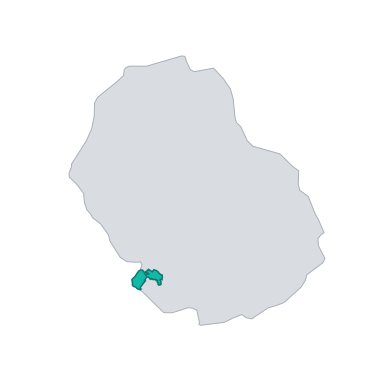 Jegunovtse, Jegunovce, North Macedonia (highlighted), rotated 250°
{"feature_id": "65306769B4612015917677", "entity_name": "Jegunovtse", "entity_type": "district", "adm_level": 2, "iso_a3": "MKD", "parent_name": "North Macedonia", "parent_adm1": "Jegunovce", "projection": "mercator", "projection_center": [21.125, 42.1], "detail": "fine", "context": "in_parent", "style": "filled", "palette": "teal", "viewbox_px": 384, "rotation_deg": 250, "n_neighbors": 0, "source": "geoboundaries", "source_scale": "gbopen_adm2", "svg_char_len": 2668}
<svg xmlns="http://www.w3.org/2000/svg" viewBox="0 0 384 384"><g transform="rotate(250 192 192)"><path d="M174.0,98.1L180.1,98.9L193.3,95.2L201.6,89.9L205.8,89.2L211.3,87.1L219.4,87.4L227.5,89.7L237.8,86.7L248.0,81.8L252.1,83.0L256.5,87.2L259.4,88.3L276.3,110.3L285.5,119.2L296.4,125.9L308.8,130.8L313.2,135.5L321.2,158.8L324.9,167.6L330.2,170.2L331.5,172.8L331.7,176.1L325.8,192.4L323.4,228.8L321.9,231.7L315.7,231.5L307.5,232.3L304.3,235.1L301.0,254.6L287.8,260.2L275.7,263.3L265.6,262.6L247.8,258.0L242.0,257.5L237.0,260.1L221.1,261.5L214.1,264.9L197.7,287.7L181.1,295.5L175.5,299.5L162.8,294.4L156.7,293.9L147.9,299.7L128.7,300.3L123.5,301.3L108.6,302.2L108.0,299.1L105.3,294.5L98.4,292.4L84.2,294.2L80.8,290.9L75.0,271.6L70.4,268.5L65.3,262.0L56.7,240.9L56.5,231.7L57.1,223.7L52.3,204.7L55.3,199.9L59.7,196.9L59.7,189.3L58.5,177.7L63.7,154.8L65.2,153.2L66.5,154.3L79.2,156.1L82.5,153.2L84.6,148.7L85.3,131.9L88.3,124.2L119.1,109.4L128.1,108.8L135.1,115.6L140.6,120.0L143.9,119.8L145.1,115.5L148.8,107.0L155.1,102.2L173.8,98.1L174.0,98.1Z" fill="#d9dde1" stroke="#a8b0b8" stroke-width="1"/><path d="M128.9,132.7L130.8,131.2L132.0,129.5L131.3,128.8L131.2,127.8L130.7,127.4L134.1,124.7L133.6,124.3L133.8,123.4L133.3,123.2L132.9,121.2L132.5,120.9L131.7,121.6L131.7,122.2L129.8,123.3L129.8,122.5L130.3,121.8L130.2,120.4L129.4,120.2L129.8,119.9L131.1,119.9L132.1,119.4L133.6,119.6L134.3,119.0L135.2,118.9L135.9,118.3L135.9,118.1L136.0,117.6L136.2,116.8L136.2,116.4L136.2,116.0L136.0,115.2L135.8,114.7L135.2,113.8L135.0,113.5L134.7,113.0L134.3,112.5L133.6,111.6L133.1,110.9L132.9,110.6L132.3,110.1L131.9,109.1L131.6,108.4L131.5,108.2L131.1,107.3L130.9,106.6L130.7,106.3L130.3,105.7L130.2,105.6L129.8,105.4L128.9,105.3L128.4,105.2L127.3,105.0L126.9,104.9L126.2,104.8L125.8,104.6L125.6,104.3L125.1,104.2L124.6,104.3L124.2,104.3L123.7,104.5L123.2,104.9L122.9,105.2L122.9,105.3L122.3,106.1L121.7,106.6L121.4,106.8L120.9,107.0L120.5,107.1L119.8,107.5L119.4,107.9L119.1,108.2L118.6,108.8L118.2,109.5L117.8,109.9L118.3,111.0L119.1,110.6L120.1,110.8L122.4,114.5L123.3,115.2L123.1,115.6L124.1,117.0L124.3,117.8L125.4,117.1L125.7,118.1L127.5,120.2L127.3,120.9L127.2,121.6L125.9,122.6L124.7,122.8L124.8,122.9L124.4,123.3L124.7,123.7L124.3,124.4L123.9,124.4L123.7,125.4L123.2,125.3L122.8,125.9L122.3,128.0L121.8,127.9L121.4,128.5L121.0,128.2L120.6,129.3L119.7,128.7L118.8,128.6L117.7,129.3L117.0,128.5L116.7,128.7L115.9,128.9L115.6,130.5L115.8,131.2L116.3,131.2L116.7,131.7L117.1,131.5L118.5,132.3L120.0,131.8L120.9,132.4L119.9,133.9L120.8,134.0L121.8,135.0L123.5,135.4L124.5,135.4L124.5,134.7L127.0,133.3L128.9,132.7Z" fill="#14b8a6" stroke="#0f766e" stroke-width="1.5"/></g></svg>